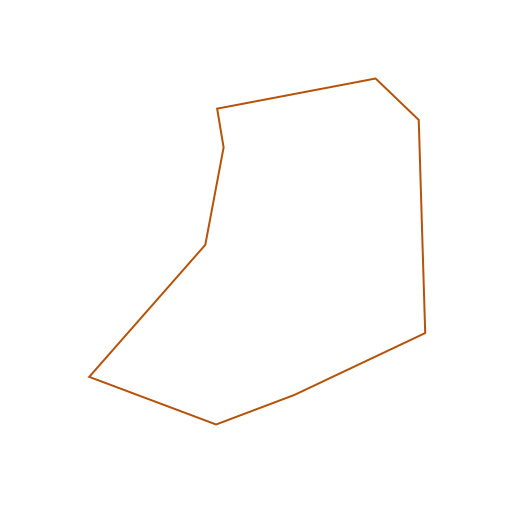 SVG path tracing the border of Neutral Zone, rotated 255°
{"feature_id": "ARE-344", "entity_name": "Neutral Zone", "entity_type": "Emirate", "adm_level": 1, "iso_a3": "ARE", "parent_name": "United Arab Emirates", "parent_adm1": "", "projection": "equal_earth", "projection_center": [56.299, 24.93], "detail": "fine", "context": "isolated", "style": "outline", "palette": "amber", "viewbox_px": 512, "rotation_deg": 255, "n_neighbors": 0, "source": "natural_earth", "source_scale": "10m", "svg_char_len": 309}
<svg xmlns="http://www.w3.org/2000/svg" viewBox="0 0 512 512"><g transform="rotate(255 256 256)"><path d="M408.4,256.6L396.5,417.4L395.1,418.3L345.3,448.4L137.8,399.5L111.9,257.2L103.6,173.8L182.4,63.6L279.9,209.9L369.2,252.8L407.2,256.5L408.4,256.6Z" fill="none" stroke="#b45309" stroke-width="2"/></g></svg>